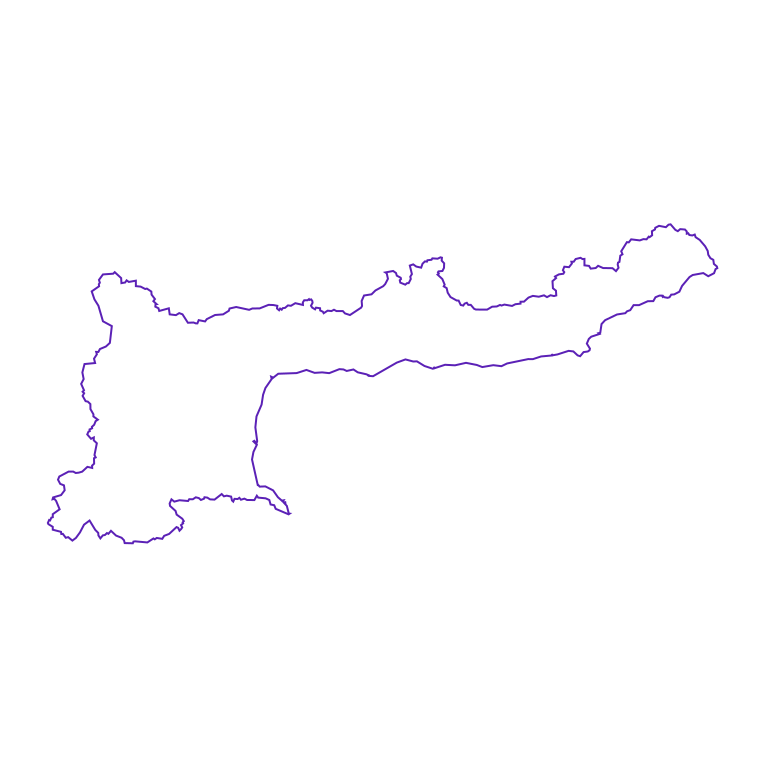 North Santo, Sanma, Vanuatu, rotated 97°
{"feature_id": "77236927B16584952276885", "entity_name": "North Santo", "entity_type": "district", "adm_level": 2, "iso_a3": "VUT", "parent_name": "Vanuatu", "parent_adm1": "Sanma", "projection": "mercator", "projection_center": [166.801, -15.037], "detail": "fine", "context": "isolated", "style": "outline", "palette": "violet", "viewbox_px": 768, "rotation_deg": 97, "n_neighbors": 0, "source": "geoboundaries", "source_scale": "gbopen_adm2", "svg_char_len": 6146}
<svg xmlns="http://www.w3.org/2000/svg" viewBox="0 0 768 768"><g transform="rotate(97 384 384)"><path d="M524.2,461.9L524.2,462.7L516.8,465.6L514.7,468.1L514.5,467.3L513.4,467.6L513.7,468.6L513.0,470.1L511.7,469.5L512.2,471.2L509.3,475.5L503.1,481.1L500.1,489.3L501.0,494.9L499.4,496.7L500.5,496.7L475.0,505.8L467.3,505.3L459.8,502.8L456.9,506.6L456.2,505.8L458.3,503.3L456.2,502.9L442.7,506.4L431.7,506.6L419.4,503.0L409.4,502.7L402.4,501.2L392.7,496.1L390.5,496.9L390.9,495.6L392.1,495.6L386.7,490.2L383.8,472.0L379.5,462.7L381.4,454.2L380.0,446.8L379.9,439.7L374.7,430.1L374.5,426.0L375.6,422.6L373.3,416.1L375.6,411.5L376.5,402.7L377.5,399.2L377.1,401.5L377.8,400.2L377.6,395.8L361.2,373.9L357.0,365.7L358.1,357.7L357.5,354.1L361.2,346.0L362.9,337.5L362.4,336.2L360.8,336.4L362.2,335.8L357.5,325.8L356.8,315.8L353.0,305.2L353.8,294.2L355.2,288.5L352.0,277.8L352.0,269.6L348.6,264.3L341.7,243.9L341.2,239.3L337.5,231.4L335.2,220.7L333.7,220.8L335.0,220.2L333.5,215.4L328.6,204.8L328.6,200.0L332.0,195.3L332.5,192.7L328.0,189.8L326.9,185.7L325.5,184.1L323.8,183.9L319.2,187.6L314.3,186.2L311.8,184.1L308.1,176.2L307.4,177.2L306.8,175.6L298.0,175.4L293.7,172.3L286.6,161.2L284.3,153.1L282.2,151.6L280.7,148.6L275.3,145.9L274.6,140.4L269.7,132.3L268.9,126.8L264.8,125.1L262.7,121.4L262.4,118.9L263.4,118.1L262.7,117.7L263.7,116.5L263.9,113.0L263.1,111.2L260.3,109.8L259.7,106.9L256.4,102.1L250.3,100.1L240.6,93.8L238.2,90.9L235.0,80.6L237.5,75.3L233.8,69.9L229.5,68.9L228.4,67.3L226.8,67.9L224.6,71.2L220.6,72.3L219.4,75.3L216.2,77.9L212.5,78.9L208.2,82.0L202.5,88.2L200.3,92.6L197.8,93.8L199.0,96.1L198.9,99.1L197.3,100.4L197.9,101.8L195.7,102.1L194.0,104.1L194.2,108.9L196.5,111.0L195.5,113.6L190.6,119.0L191.2,121.0L194.0,123.3L193.5,130.3L195.9,133.8L197.6,133.9L199.7,136.7L203.7,136.0L205.9,138.3L205.5,139.2L208.4,141.0L208.6,144.2L210.3,147.6L210.3,156.3L213.6,158.3L213.6,160.2L223.3,164.7L226.2,163.1L227.8,165.1L234.1,165.2L235.0,166.5L237.0,166.6L240.1,165.4L243.7,167.5L241.2,171.3L242.2,180.7L240.6,185.9L243.1,188.0L244.3,192.9L241.8,194.9L241.8,199.5L235.4,200.3L235.8,202.2L234.8,204.3L236.6,209.0L239.5,210.6L239.8,212.9L241.5,212.2L245.5,214.6L245.6,219.3L249.3,220.3L251.0,218.7L252.7,219.4L253.9,223.8L256.5,227.4L257.9,226.1L261.4,229.3L268.4,228.0L270.4,224.7L275.1,223.8L276.0,226.0L275.6,229.5L277.9,232.8L276.5,236.0L278.5,241.0L278.4,247.0L280.6,251.1L285.2,255.1L285.7,258.5L287.6,258.3L288.8,263.3L290.9,266.4L290.5,274.2L291.8,276.9L291.4,278.5L293.3,281.5L294.1,286.1L297.6,290.7L298.9,301.8L298.4,303.7L294.9,307.5L295.2,310.0L293.3,311.7L294.4,313.8L296.5,314.9L296.2,317.5L292.1,320.1L292.3,322.0L289.6,328.6L285.6,331.9L281.2,333.5L279.8,336.6L278.0,335.9L272.7,338.9L268.9,344.2L267.8,343.1L266.6,344.1L265.6,343.6L264.7,339.8L261.4,338.6L256.9,339.0L254.5,341.8L251.6,341.9L251.4,343.4L253.1,346.0L253.4,351.3L254.9,352.0L255.9,356.0L257.3,356.3L257.3,358.3L259.9,360.4L264.0,361.3L263.5,366.3L261.7,369.6L263.3,372.8L271.5,369.7L274.3,371.0L276.5,370.2L280.9,371.8L281.1,373.4L282.8,375.0L281.4,380.2L279.1,381.0L277.8,379.9L276.5,380.4L274.9,384.5L272.4,385.6L270.7,388.7L273.1,396.2L273.8,394.8L279.1,392.9L284.7,395.0L287.0,396.7L292.2,403.9L296.5,407.3L298.6,414.6L304.3,416.3L309.2,415.3L311.0,416.0L319.7,426.2L318.7,431.3L316.6,433.8L317.4,440.1L316.4,442.7L318.0,445.0L318.1,448.9L321.1,452.5L319.7,453.5L318.8,456.3L316.6,456.7L316.5,460.8L318.3,461.5L316.9,464.6L315.2,466.0L312.1,464.8L310.3,465.3L308.9,466.6L309.6,468.2L308.9,468.8L310.2,470.1L310.6,473.4L312.9,474.5L315.4,474.1L314.6,481.9L317.7,485.9L317.7,488.9L320.5,491.5L321.1,493.8L322.7,494.6L321.8,496.3L323.6,497.1L322.1,499.4L319.4,499.4L319.1,503.3L319.5,508.2L324.1,516.6L325.1,523.9L326.8,526.9L325.6,540.1L327.9,546.5L330.2,546.9L334.5,552.2L336.1,560.1L341.2,567.8L343.7,569.2L343.2,575.7L346.6,576.6L346.8,578.0L346.2,580.5L347.1,586.1L339.4,592.5L338.6,595.9L341.0,598.9L341.0,605.2L335.1,606.8L338.9,616.0L336.3,617.1L335.1,620.4L332.6,620.5L332.4,619.5L329.9,623.0L327.6,621.7L323.6,625.6L320.6,626.2L318.2,631.0L318.8,632.6L317.0,637.4L317.1,642.2L311.7,642.9L313.8,649.7L312.5,652.1L314.8,653.3L315.9,656.9L310.9,657.8L305.8,664.9L307.5,666.2L309.5,676.3L315.4,679.6L318.1,678.4L319.7,679.2L321.7,678.7L327.7,685.4L335.3,681.7L341.1,677.0L356.0,670.6L359.7,661.2L376.6,661.1L380.7,664.6L383.9,670.2L387.0,671.4L387.2,673.6L389.5,672.6L394.2,674.9L398.4,673.3L400.7,683.7L409.3,684.8L415.7,682.7L420.8,684.6L426.8,681.0L428.4,682.2L429.7,680.5L432.5,681.7L437.4,678.1L437.6,675.8L439.7,673.0L444.7,672.3L449.5,668.7L451.6,668.5L454.3,663.7L456.0,665.7L459.8,666.7L462.1,668.7L463.5,668.3L465.0,670.7L466.7,670.3L467.3,671.5L470.2,672.4L474.1,668.1L472.4,665.5L475.3,665.2L477.8,661.8L489.8,662.7L492.0,661.2L493.0,662.8L498.4,662.0L500.6,663.8L502.9,663.4L502.4,668.3L507.8,672.9L509.2,676.2L509.9,679.1L508.8,681.8L509.4,686.4L515.4,695.0L518.7,695.9L522.6,693.2L523.6,689.3L528.4,688.0L533.6,691.0L536.9,698.6L538.8,698.9L538.1,697.2L540.0,695.2L547.9,690.7L553.6,696.9L556.6,696.5L557.2,697.9L560.1,698.8L559.8,699.8L562.9,700.7L564.0,700.0L566.1,695.4L569.0,695.0L570.1,686.6L572.2,686.0L571.9,684.5L575.4,681.1L574.5,678.8L577.4,674.2L574.3,671.0L568.4,667.7L560.2,664.6L555.4,659.6L564.0,652.8L566.6,649.5L569.1,649.0L571.8,646.7L568.5,644.6L567.9,642.6L565.7,640.8L566.3,639.3L563.0,637.1L567.1,631.5L568.6,625.7L570.8,623.0L573.5,622.0L572.7,613.9L571.0,613.5L570.5,611.9L570.1,599.6L565.4,594.0L566.1,592.6L564.5,590.8L564.7,585.2L561.5,583.7L559.0,579.0L551.3,572.5L551.8,570.8L554.5,569.1L552.6,567.6L550.9,566.8L548.8,568.3L546.8,566.4L545.9,567.0L544.5,566.0L542.3,567.8L538.9,573.9L535.4,575.4L531.1,581.5L528.7,582.2L524.4,580.9L526.3,577.8L524.3,572.8L524.0,564.2L522.1,563.3L521.7,559.7L519.4,557.0L519.8,553.9L521.4,551.6L519.8,548.7L518.3,548.4L518.3,545.5L519.7,542.6L519.4,538.1L513.0,531.7L515.0,529.2L514.0,526.5L514.4,522.0L518.1,520.7L519.1,519.3L516.2,518.4L516.0,515.2L514.6,513.7L516.3,511.9L514.8,508.6L515.8,505.8L515.0,498.5L510.4,496.6L512.1,495.0L511.9,487.6L513.1,483.7L517.4,481.9L517.7,478.2L521.1,476.3L525.0,462.8L524.2,461.9Z" fill="none" stroke="#5b21b6" stroke-width="2"/></g></svg>